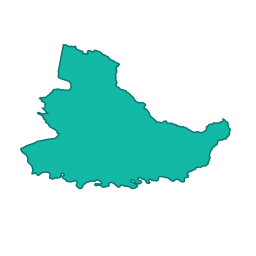 Paquisha, Zamora Chinchipe, Ecuador (Equal Earth projection), rotated 282°
{"feature_id": "8360857B20282725655414", "entity_name": "Paquisha", "entity_type": "district", "adm_level": 2, "iso_a3": "ECU", "parent_name": "Ecuador", "parent_adm1": "Zamora Chinchipe", "projection": "equal_earth", "projection_center": [-78.572, -3.961], "detail": "fine", "context": "isolated", "style": "filled", "palette": "teal", "viewbox_px": 256, "rotation_deg": 282, "n_neighbors": 0, "source": "geoboundaries", "source_scale": "gbopen_adm2", "svg_char_len": 5726}
<svg xmlns="http://www.w3.org/2000/svg" viewBox="0 0 256 256"><g transform="rotate(282 128 128)"><path d="M77.0,152.0L77.8,152.4L78.3,152.3L78.9,151.5L79.3,149.2L79.6,148.5L80.1,148.0L80.8,148.0L81.6,148.8L81.9,149.9L81.9,150.7L81.2,152.2L80.8,155.4L80.4,156.2L79.4,156.6L78.5,157.4L78.0,158.6L78.2,159.8L78.5,160.4L79.1,160.7L81.0,159.0L81.5,159.0L82.2,159.5L82.7,160.2L82.7,160.7L81.8,161.9L81.7,162.4L82.1,164.4L82.2,167.1L82.6,167.7L83.2,168.2L86.1,168.3L86.5,168.5L86.8,168.7L87.3,169.9L87.6,171.8L87.4,174.1L87.6,176.6L87.0,178.7L85.2,182.2L85.4,183.3L87.3,185.3L87.9,186.1L88.1,186.8L88.0,188.4L87.0,190.2L86.7,191.4L86.6,192.4L86.8,193.4L87.3,194.1L87.9,194.3L90.2,193.6L90.6,193.8L91.1,194.3L92.7,197.2L94.2,196.8L95.3,195.3L95.7,195.1L96.0,195.3L96.6,196.0L97.6,196.3L97.7,197.1L98.7,197.9L99.1,199.2L100.6,200.5L100.9,201.4L102.0,202.5L102.9,202.5L103.9,203.9L104.6,205.8L104.7,207.0L106.0,208.9L106.4,209.2L107.4,212.3L107.8,212.5L108.5,212.6L109.4,213.7L110.1,213.6L110.7,214.0L112.2,213.6L113.5,214.2L114.0,214.0L115.1,214.5L116.4,214.2L118.2,213.2L120.0,213.5L122.0,213.4L122.5,213.8L123.4,213.9L124.7,214.7L125.8,214.6L126.6,215.0L127.8,216.4L129.5,217.2L129.9,218.1L130.2,218.4L131.9,218.7L133.8,218.4L135.2,220.3L135.5,221.7L136.1,223.1L137.2,223.8L137.6,226.1L138.8,226.0L140.1,227.3L142.1,228.3L143.1,228.5L145.9,228.0L147.6,228.5L148.1,228.1L148.8,226.8L150.5,225.7L152.1,225.1L153.1,225.1L154.4,223.8L154.6,222.6L156.2,220.4L156.5,219.1L154.9,219.6L154.1,219.2L153.4,218.2L153.1,217.1L151.7,215.9L151.5,214.4L151.0,213.2L150.9,211.2L150.6,210.6L149.0,209.2L148.8,207.9L148.1,206.6L146.7,205.8L145.5,204.6L142.4,205.1L141.3,203.9L140.4,203.3L139.3,202.0L139.1,201.4L138.7,201.3L138.5,199.3L138.8,197.5L138.7,196.1L137.5,194.1L137.4,193.8L137.9,190.8L138.8,189.1L139.0,187.4L139.9,186.0L140.4,182.6L140.8,181.7L140.4,181.0L140.1,179.4L140.5,177.4L140.2,175.1L141.0,174.6L141.2,174.1L141.3,170.3L141.7,169.1L140.9,166.4L141.7,164.7L142.5,163.9L142.7,163.5L142.2,162.1L140.3,160.2L140.1,159.3L140.1,156.7L139.8,155.4L140.1,154.5L141.1,153.2L143.9,148.0L145.1,146.5L146.6,146.0L148.7,143.9L150.0,142.2L150.3,141.1L150.9,139.8L151.1,139.6L152.6,139.7L154.3,140.3L155.1,139.6L155.2,138.8L155.9,137.0L155.4,136.1L155.1,134.2L155.2,132.4L155.1,131.2L156.4,129.1L158.5,127.4L162.1,121.6L163.1,118.8L163.9,118.3L164.2,115.1L164.2,113.0L164.6,112.0L165.7,110.7L166.0,108.6L167.0,107.3L168.3,107.3L169.5,107.7L170.3,107.6L174.3,105.3L175.1,105.6L176.2,105.4L177.8,104.4L179.0,105.1L181.0,105.3L182.4,104.5L183.9,104.4L185.2,103.6L185.6,103.8L186.2,105.3L188.6,106.3L189.4,103.6L189.5,102.5L190.5,100.2L191.0,97.6L191.8,95.7L192.7,94.3L193.0,94.2L193.6,93.5L193.7,92.2L194.4,90.2L194.8,87.6L196.2,85.8L196.8,83.6L196.6,82.6L197.1,81.9L197.1,79.4L197.0,79.1L196.1,79.0L195.1,78.0L195.2,76.9L195.7,75.1L195.3,73.1L194.9,72.8L193.8,72.6L193.4,72.6L192.8,73.4L192.5,73.2L192.2,72.4L191.8,72.2L191.6,71.8L191.5,71.0L191.8,70.1L191.4,68.5L191.5,68.1L192.3,68.2L193.4,67.7L193.6,66.1L193.8,63.6L194.3,61.4L197.0,59.5L197.0,59.1L195.9,58.1L196.3,55.9L196.3,55.4L195.5,55.0L195.3,54.7L195.6,52.7L195.9,52.0L195.7,51.5L196.3,50.6L196.3,49.5L195.8,48.1L195.9,47.5L168.7,48.1L167.9,48.5L166.8,48.8L163.4,49.2L163.0,49.6L162.7,50.4L162.1,54.3L161.6,59.4L161.0,61.4L159.7,62.7L156.2,63.8L155.6,63.8L154.6,63.6L153.4,63.1L152.7,62.3L152.4,61.4L151.9,58.5L151.5,54.2L151.5,51.0L150.8,49.8L150.2,47.5L149.8,47.1L148.7,46.5L147.9,46.3L146.9,46.5L146.0,44.7L144.6,44.5L143.4,43.1L141.2,41.8L140.8,41.5L140.8,40.4L140.4,39.3L139.7,38.0L139.5,36.2L138.7,35.4L138.2,36.2L138.8,36.8L137.9,37.5L137.0,37.6L136.4,38.1L136.2,38.5L136.6,38.6L135.9,39.4L135.8,40.6L135.3,41.0L135.0,42.1L134.8,42.3L134.5,42.4L133.3,41.8L132.1,42.5L130.6,42.4L129.7,41.4L129.5,40.5L125.8,46.3L124.1,41.8L124.1,39.6L124.6,38.1L124.5,37.7L124.3,36.6L123.6,36.8L123.1,37.6L122.9,39.5L122.2,41.6L121.2,42.4L120.9,43.3L119.5,43.5L118.8,44.7L118.4,46.0L118.2,46.3L116.4,46.3L116.1,47.5L115.3,49.2L113.8,50.4L112.6,52.1L111.4,56.8L110.7,57.9L110.3,59.1L109.9,59.5L108.9,59.4L108.5,59.6L108.3,60.2L108.4,61.2L107.8,61.6L105.7,61.0L104.6,60.4L102.4,58.4L100.5,52.5L99.4,49.9L98.5,48.2L96.2,42.4L93.3,38.9L89.7,32.7L87.0,29.8L86.0,28.0L85.5,27.6L85.2,27.5L84.1,28.0L83.4,28.7L82.0,30.5L80.8,33.3L80.1,34.3L78.8,35.6L77.3,36.5L76.3,36.7L75.7,36.5L74.5,36.8L73.6,37.5L72.1,40.1L70.3,42.3L68.9,42.8L68.3,43.2L68.2,43.6L63.3,43.7L63.5,44.9L64.6,46.2L64.7,46.8L64.3,47.9L63.0,49.5L63.0,50.2L66.3,53.0L67.0,54.2L67.7,56.1L68.1,58.3L68.1,59.1L68.0,59.6L67.2,60.9L66.4,61.4L62.8,61.8L62.6,62.2L62.4,64.8L62.6,65.3L64.1,67.2L64.2,68.9L65.6,71.9L66.5,72.3L69.3,72.4L69.9,72.9L70.1,73.9L69.9,74.7L68.9,75.5L68.7,75.4L67.1,73.8L66.3,74.0L65.8,74.3L65.3,75.3L64.4,77.7L63.3,78.8L63.2,79.7L63.3,82.8L63.7,84.1L65.1,86.0L65.4,87.4L65.3,88.5L65.1,89.0L64.5,89.6L63.2,89.6L61.7,89.2L60.5,89.7L60.2,90.4L59.1,92.1L58.9,92.7L58.9,93.7L59.2,94.9L59.8,95.4L60.9,95.8L62.4,95.9L64.2,97.1L65.0,98.0L65.7,98.2L66.2,98.8L66.5,99.6L68.4,102.8L68.9,105.5L69.4,107.1L70.5,108.0L70.8,108.5L70.6,110.5L70.0,112.5L69.0,113.4L68.3,113.5L67.4,112.7L66.8,108.1L66.2,107.5L65.3,107.5L65.1,107.7L65.0,109.0L65.9,110.8L66.0,111.8L66.0,113.5L65.0,115.2L65.0,116.1L65.5,117.5L66.4,119.2L67.2,121.1L67.5,121.4L69.6,121.0L70.4,121.2L71.1,122.1L71.2,122.9L71.1,124.9L70.9,125.8L68.3,130.2L68.5,131.9L70.2,132.7L70.9,133.5L70.8,134.8L70.6,135.5L70.5,137.6L70.9,139.1L70.9,140.7L70.6,142.0L69.9,143.7L69.8,144.3L69.8,145.3L70.8,147.3L71.6,148.3L72.5,149.1L73.6,149.3L74.2,148.7L74.6,147.8L75.4,144.6L76.0,143.5L76.2,142.1L76.6,141.9L77.6,141.8L78.0,142.1L78.3,142.7L77.9,144.8L77.7,145.2L76.1,146.1L75.7,146.8L75.4,148.4L75.7,150.4L76.2,151.3L77.0,152.0Z" fill="#14b8a6" stroke="#0f766e" stroke-width="1.5"/></g></svg>